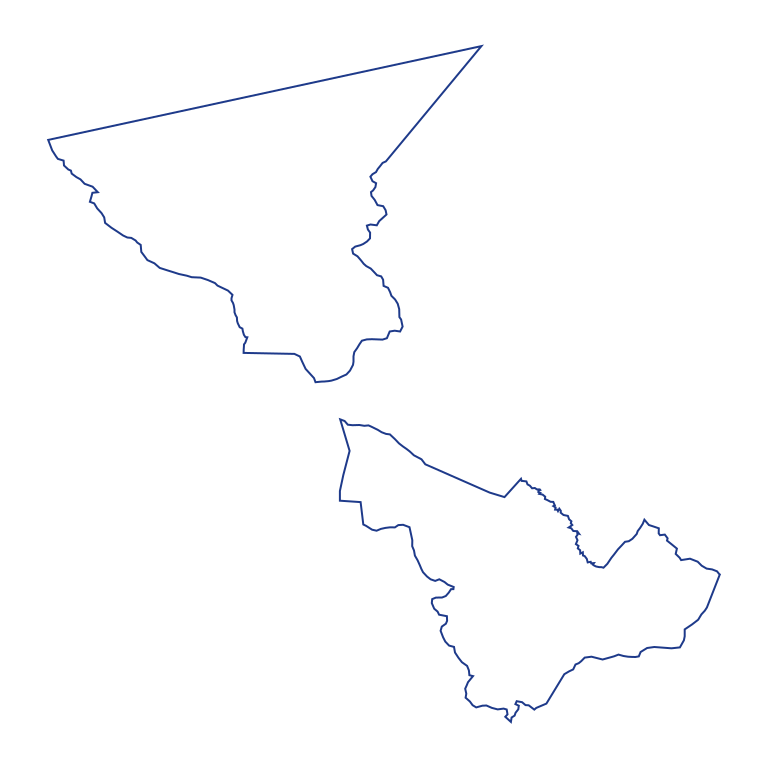 Wabag District, Enga, Papua New Guinea (orthographic projection)
{"feature_id": "67681753B54237044330512", "entity_name": "Wabag District", "entity_type": "district", "adm_level": 2, "iso_a3": "PNG", "parent_name": "Papua New Guinea", "parent_adm1": "Enga", "projection": "orthographic", "projection_center": [143.621, -5.349], "detail": "fine", "context": "isolated", "style": "outline", "palette": "blue", "viewbox_px": 768, "rotation_deg": 0, "n_neighbors": 0, "source": "geoboundaries", "source_scale": "gbopen_adm2", "svg_char_len": 4811}
<svg xmlns="http://www.w3.org/2000/svg" viewBox="0 0 768 768"><path d="M48.2,139.9L52.2,150.4L56.1,156.5L57.9,158.9L63.6,160.6L64.0,165.5L68.3,169.5L70.9,170.6L71.7,173.6L76.4,177.1L80.5,179.4L84.6,183.8L92.6,186.7L97.8,192.2L92.4,192.8L91.4,196.7L89.9,201.8L94.2,203.4L97.2,208.4L101.6,213.2L104.2,217.4L105.1,222.9L111.5,227.8L117.2,231.5L123.1,235.5L127.3,237.5L131.3,237.9L135.6,240.5L137.2,242.5L140.7,244.9L141.3,251.9L144.3,255.9L147.4,260.1L154.4,263.3L159.7,267.9L167.2,270.3L173.0,272.1L178.9,274.0L186.8,275.7L191.7,277.2L200.7,277.6L207.8,280.0L215.0,283.1L217.5,285.6L228.0,290.6L232.5,294.9L231.5,298.2L231.5,300.4L233.0,303.0L233.7,305.1L234.5,309.6L234.5,312.3L235.6,315.2L236.9,317.4L237.1,321.0L237.8,323.3L239.7,327.2L242.4,328.6L242.9,331.4L243.9,334.8L245.4,337.1L247.3,337.3L245.3,342.7L244.0,344.4L243.9,346.7L243.7,349.5L243.6,352.9L294.4,353.9L299.9,356.5L302.1,361.5L305.6,368.9L310.7,374.5L314.0,378.1L315.5,382.2L321.4,381.6L324.4,381.5L328.7,381.1L331.5,380.6L336.8,379.0L341.5,376.7L346.4,374.5L350.0,370.6L353.0,364.9L353.5,361.7L353.5,356.3L354.3,352.1L357.1,348.2L359.5,344.2L361.9,340.7L366.8,339.4L371.9,339.2L377.5,339.4L382.5,339.6L386.9,338.2L389.7,331.5L394.7,330.7L400.1,331.5L402.6,326.6L401.1,319.5L399.4,317.1L399.3,313.1L399.2,309.1L397.7,303.7L395.1,299.5L391.4,295.8L390.1,292.1L388.0,287.8L383.6,285.9L383.1,279.7L381.2,276.4L377.0,275.2L374.6,272.6L370.8,268.6L366.3,266.1L363.7,263.8L361.1,260.5L357.5,256.3L353.1,253.6L352.1,249.1L355.2,246.6L360.4,245.2L363.2,244.0L367.0,241.5L370.0,238.4L370.1,232.6L367.9,229.5L366.9,225.6L370.5,224.5L376.8,225.3L379.2,221.1L386.5,214.5L385.6,210.2L383.2,206.2L377.5,205.1L374.7,199.9L371.5,195.9L371.0,192.1L373.1,190.4L375.4,187.1L376.1,183.2L372.5,181.2L370.4,176.7L372.5,174.2L376.0,172.1L377.8,168.9L380.2,166.0L382.6,162.9L385.9,161.4L481.4,46.1L48.2,139.9ZM340.2,419.4L349.6,450.9L343.3,475.1L339.9,491.0L339.9,500.7L360.6,502.1L363.3,524.5L366.0,525.8L372.1,529.7L376.6,530.7L380.9,528.9L385.4,527.9L390.2,527.3L394.9,527.4L398.3,525.1L403.1,524.8L409.5,527.2L410.8,533.2L412.3,540.2L412.2,546.2L414.0,550.5L414.9,555.6L417.6,560.3L419.9,565.4L421.3,568.8L423.0,572.2L427.0,576.5L430.6,579.3L435.2,580.9L439.3,579.3L444.5,582.0L447.7,584.6L453.7,587.0L453.4,589.1L451.1,589.1L448.7,592.7L445.8,596.0L442.1,597.5L435.9,597.6L432.2,599.1L431.8,603.1L434.2,608.7L437.6,611.6L439.1,614.7L446.9,616.2L447.1,620.8L445.9,623.7L441.8,626.6L440.6,630.8L443.1,637.3L445.3,641.6L449.1,645.6L454.0,646.9L455.0,652.5L458.4,657.7L461.9,662.2L467.1,665.9L468.9,670.4L469.4,675.2L473.0,676.1L468.0,682.2L466.7,685.4L465.2,688.7L466.3,693.7L465.6,697.7L469.9,701.5L472.6,705.2L476.2,707.4L482.4,705.7L486.4,705.5L491.9,707.9L497.7,709.4L503.6,708.6L506.7,709.5L507.5,714.4L505.3,716.8L510.9,721.9L511.6,717.5L514.6,715.6L515.6,712.7L518.3,709.3L518.8,705.7L515.4,704.1L516.7,701.2L522.1,702.2L525.5,705.1L528.7,705.3L534.3,709.6L536.3,707.9L546.4,703.6L564.3,674.2L569.2,671.3L573.2,669.4L575.5,664.5L578.7,663.2L581.2,661.2L584.7,657.6L591.5,656.7L602.6,659.5L611.3,657.1L614.1,656.3L618.5,654.6L623.5,656.0L628.0,656.7L631.5,656.9L635.4,657.0L638.8,656.4L640.6,652.0L647.1,648.0L654.3,647.0L671.5,648.3L679.9,647.4L683.9,640.3L684.7,636.3L684.7,629.4L692.1,624.4L698.2,619.7L701.4,614.4L704.8,610.7L706.9,607.5L719.8,574.5L719.4,574.3L717.0,571.3L712.1,569.4L706.6,568.6L701.7,565.7L697.7,561.7L690.0,558.7L681.1,560.1L679.7,557.8L675.7,553.9L676.9,548.6L672.0,544.6L667.0,540.6L667.6,538.3L664.8,534.6L660.0,535.2L658.7,533.4L658.8,528.3L653.5,526.5L648.9,525.0L644.4,519.7L642.8,523.7L640.2,527.8L637.7,531.1L636.7,534.0L632.4,538.8L628.8,541.2L625.0,541.8L621.7,545.4L618.0,549.3L613.9,554.7L611.4,557.8L607.3,563.9L603.5,567.7L601.3,567.1L599.1,567.1L596.1,566.5L594.2,565.6L592.8,564.6L593.9,563.1L591.2,563.3L590.7,561.8L587.7,562.4L586.8,558.9L584.7,556.1L583.0,555.5L582.8,552.3L580.3,553.6L580.1,550.2L577.8,548.4L578.5,545.9L575.9,544.1L577.5,540.2L576.0,536.9L577.5,534.8L577.3,533.2L579.0,533.7L577.2,531.2L573.3,531.0L571.3,528.3L568.7,527.5L570.9,526.0L572.3,525.0L570.8,523.2L571.4,521.3L569.1,519.3L567.9,515.9L563.5,515.0L560.7,512.7L560.8,510.8L559.3,508.7L558.0,511.1L557.3,509.7L555.1,509.6L555.6,507.5L553.4,506.1L554.8,505.3L554.2,504.1L553.3,501.9L550.6,501.8L547.4,500.1L544.9,499.0L545.2,496.7L542.6,494.6L539.3,493.9L540.2,492.8L538.4,492.2L538.4,490.6L540.2,490.0L539.7,489.4L536.9,489.4L534.8,488.0L532.1,488.3L529.9,485.7L527.5,484.4L526.4,481.4L523.9,481.1L521.6,480.9L521.0,478.8L504.5,497.1L489.7,492.6L425.3,464.3L421.5,459.3L413.9,455.3L409.7,451.4L406.6,449.0L403.0,446.5L399.0,443.4L394.9,439.1L389.9,434.4L386.0,433.9L381.6,432.2L377.9,429.9L371.2,426.6L368.5,425.4L364.3,425.8L359.4,425.0L352.5,425.2L347.8,424.7L344.6,421.0L340.2,419.4Z" fill="none" stroke="#1e3a8a" stroke-width="2"/></svg>